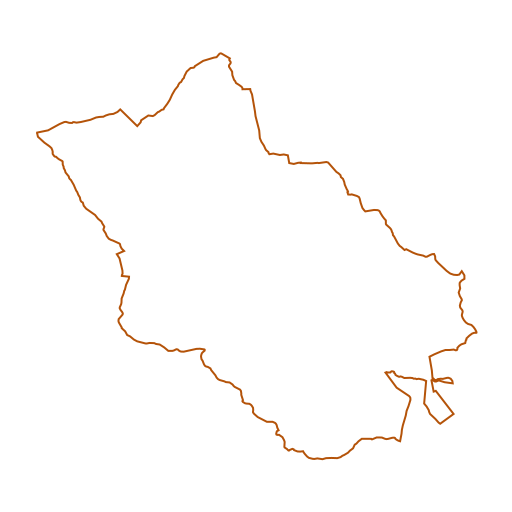 Pardosi, Buzau, Romania (Robinson projection), rotated 181°
{"feature_id": "2599482B33669968833110", "entity_name": "Pardosi", "entity_type": "district", "adm_level": 2, "iso_a3": "ROU", "parent_name": "Romania", "parent_adm1": "Buzau", "projection": "robinson", "projection_center": [26.866, 45.449], "detail": "fine", "context": "isolated", "style": "outline", "palette": "amber", "viewbox_px": 512, "rotation_deg": 181, "n_neighbors": 0, "source": "geoboundaries", "source_scale": "gbopen_adm2", "svg_char_len": 5976}
<svg xmlns="http://www.w3.org/2000/svg" viewBox="0 0 512 512"><g transform="rotate(181 256 256)"><path d="M477.8,375.4L477.3,375.3L476.9,374.6L476.1,371.4L469.5,365.6L464.3,362.0L462.4,360.3L461.5,358.3L461.0,356.3L461.2,355.6L461.0,354.4L459.6,352.5L458.9,351.9L457.6,351.7L456.1,350.3L454.5,349.2L451.3,347.5L451.0,347.1L450.8,343.9L449.9,341.9L449.8,340.6L448.5,338.3L447.9,336.2L444.6,332.3L444.2,330.7L443.5,329.7L442.4,328.8L439.5,324.0L436.9,318.2L435.9,316.9L434.7,314.0L433.1,311.5L432.6,309.0L432.0,307.8L431.4,307.1L430.1,306.4L429.1,303.2L426.6,300.3L417.6,294.2L414.6,290.5L411.1,287.7L410.4,286.1L408.2,282.8L408.3,282.0L409.0,280.1L408.9,279.3L406.6,275.9L405.6,273.4L403.5,270.7L401.4,269.6L399.5,269.0L392.8,266.1L392.2,265.5L391.7,263.4L390.4,261.0L388.0,258.7L395.2,255.4L392.4,251.2L389.3,239.1L389.1,236.0L389.7,234.7L389.8,233.7L382.6,233.1L382.7,231.0L385.4,224.9L386.5,220.0L387.1,219.0L387.7,216.2L389.6,211.2L389.7,207.0L390.0,205.4L391.3,202.4L391.4,201.5L391.1,200.8L390.5,199.7L388.9,197.7L388.2,196.4L388.2,195.8L388.4,195.1L392.2,190.5L392.4,188.6L392.0,187.2L389.0,182.2L389.0,181.5L385.5,178.4L383.4,174.7L380.6,173.5L376.6,170.3L373.3,168.6L364.9,166.6L363.7,166.6L361.0,167.2L356.2,167.1L354.4,166.3L350.7,165.8L346.2,163.0L342.0,159.6L337.9,159.7L336.5,160.1L334.0,161.4L332.7,161.2L332.0,160.7L331.6,160.2L330.4,159.5L329.2,159.1L326.5,159.1L313.9,162.1L310.5,162.3L306.0,161.7L305.7,161.5L305.7,160.5L307.8,158.6L308.5,157.7L309.1,155.7L309.2,154.5L308.7,151.9L307.6,150.4L306.2,147.0L305.2,145.4L303.9,144.6L302.3,144.3L299.6,142.8L298.8,141.1L294.5,136.0L293.3,133.8L291.9,132.3L290.3,131.4L285.4,130.1L283.9,129.4L280.2,129.1L277.2,127.1L276.2,125.8L275.1,124.8L269.6,122.1L268.7,120.8L268.3,118.4L268.3,116.9L266.5,111.6L267.0,110.9L267.0,110.4L266.6,109.9L264.5,108.6L263.2,108.3L260.0,108.1L258.3,107.0L257.4,105.9L256.3,104.1L256.1,101.9L256.3,100.0L256.2,99.5L255.2,98.2L251.5,95.0L242.2,90.4L236.5,90.5L234.1,89.5L233.2,88.7L232.4,87.3L231.7,84.7L230.4,82.1L231.9,81.3L232.3,80.5L232.7,78.5L232.4,77.8L231.6,77.5L229.8,77.6L226.4,75.3L224.7,72.3L224.1,70.6L224.3,65.8L224.1,65.1L221.6,63.5L220.3,62.2L219.7,62.0L219.0,62.6L216.3,63.8L215.0,63.4L214.6,62.6L211.1,61.3L208.5,61.2L205.5,61.6L205.0,60.6L203.7,58.9L201.4,56.4L199.6,55.1L195.8,54.2L194.1,54.1L191.1,54.7L186.0,54.0L182.4,55.1L176.9,55.4L171.2,55.3L167.9,56.4L166.1,57.8L164.5,58.5L160.6,60.9L158.7,63.0L155.6,65.4L154.0,69.1L152.4,70.1L150.3,72.5L147.0,75.1L137.6,75.2L137.1,74.7L136.7,74.7L132.1,76.7L127.0,76.7L123.9,75.5L122.5,75.2L120.9,75.4L116.7,76.6L114.8,76.8L113.9,76.5L113.3,75.5L112.1,74.7L110.4,73.8L108.7,73.3L107.4,80.8L107.1,84.8L106.2,89.3L103.5,99.0L102.7,103.8L100.9,108.6L99.1,114.8L99.2,116.8L99.5,117.5L100.4,118.6L113.1,126.8L124.5,141.7L123.3,142.2L122.4,141.8L119.6,141.9L119.0,142.7L118.3,143.1L117.1,143.0L116.0,142.6L115.8,142.2L115.8,141.5L114.9,140.8L114.4,139.5L112.7,138.5L110.8,137.7L109.5,138.1L108.1,137.8L105.6,136.6L99.7,136.9L97.4,136.7L96.2,136.1L94.5,136.2L93.4,135.7L91.1,136.1L86.6,135.2L83.7,134.0L85.3,111.4L82.8,108.5L80.6,104.9L80.1,103.0L79.2,101.1L73.8,96.2L70.5,92.6L68.9,91.5L55.7,101.5L73.9,124.3L76.0,123.5L78.4,134.8L77.9,135.1L76.6,134.8L75.7,134.0L74.8,133.6L73.5,133.7L71.7,134.6L70.4,134.6L65.3,133.1L57.1,132.1L57.5,134.5L59.2,136.7L61.4,137.6L62.9,137.5L67.0,136.4L69.2,136.5L71.3,136.2L72.3,136.0L72.9,135.5L73.0,135.2L73.9,135.1L75.1,135.2L76.7,136.8L77.4,137.0L78.2,144.7L80.8,158.3L76.0,160.8L69.1,163.9L65.0,165.3L60.8,165.4L56.7,165.9L54.7,165.2L53.6,165.4L53.0,166.5L53.0,167.8L51.1,169.9L49.1,171.3L45.3,172.6L44.7,175.5L44.2,175.9L44.1,177.3L41.4,180.0L38.6,182.2L36.6,183.0L34.3,183.1L34.2,183.4L34.4,184.3L35.6,186.5L37.3,188.8L39.4,190.8L42.9,191.8L45.0,193.2L46.9,195.4L48.3,197.7L49.1,199.8L49.1,200.9L48.4,203.8L48.5,204.6L48.8,205.4L50.9,208.0L51.3,210.0L50.5,213.2L49.4,215.4L49.6,216.4L51.5,219.5L52.7,223.0L51.3,227.1L51.9,230.5L51.9,232.5L51.4,233.4L50.0,235.0L47.2,236.8L47.3,240.2L47.5,240.6L50.0,244.4L52.4,241.0L54.5,240.5L58.0,240.7L61.1,241.7L61.9,242.1L65.2,244.5L73.8,252.3L76.3,255.0L76.7,256.0L76.9,258.8L78.0,261.1L79.8,260.9L81.6,260.2L85.1,258.3L86.5,258.2L88.8,259.3L94.4,260.4L96.6,261.1L99.4,262.2L105.9,265.4L107.6,264.6L111.0,267.6L112.5,268.6L114.4,271.0L118.3,278.0L119.4,279.2L119.7,281.2L120.5,282.5L120.9,283.9L121.5,285.1L122.6,286.4L126.4,289.7L126.7,290.3L126.8,293.9L128.4,295.6L130.2,297.9L132.2,301.0L133.1,302.8L134.1,303.6L135.2,304.0L138.8,304.1L147.5,302.5L148.8,303.8L150.4,305.8L152.2,310.7L153.4,315.3L154.1,316.7L156.2,317.8L161.4,319.3L162.3,319.0L164.9,319.1L165.7,321.4L165.1,321.8L165.6,323.1L166.4,324.3L168.5,328.9L169.1,331.6L170.4,334.7L172.5,336.4L172.9,338.2L174.8,340.0L177.1,341.5L185.5,350.7L187.3,351.2L194.8,350.0L196.2,350.2L201.7,349.6L212.9,349.7L212.9,350.2L215.6,349.9L219.8,348.7L224.4,349.5L225.9,357.2L230.0,358.0L233.9,357.4L240.5,358.7L244.4,358.0L245.1,358.9L245.4,360.1L247.7,362.0L248.4,363.1L250.0,366.5L252.6,370.3L254.2,373.9L255.0,381.6L258.9,395.8L259.6,400.7L262.8,417.5L264.4,421.1L264.7,422.8L272.4,422.5L272.4,423.4L273.3,424.9L275.7,426.6L279.0,428.6L279.9,430.5L281.0,431.7L282.8,436.4L283.1,439.9L286.3,444.8L286.3,446.2L284.9,448.1L284.7,448.7L284.7,449.4L284.9,449.8L286.1,451.4L286.1,452.1L285.6,453.1L294.2,457.9L295.0,458.0L296.0,457.6L298.9,454.1L301.6,453.6L312.2,450.2L320.5,444.7L320.9,443.7L321.6,443.2L324.7,442.8L328.5,439.2L330.7,434.7L331.2,432.7L332.5,431.4L333.9,428.7L335.3,427.9L336.6,425.9L337.1,424.4L340.0,420.7L342.6,416.0L344.9,410.7L347.3,406.7L350.5,402.3L351.0,401.0L352.9,400.5L355.3,398.7L356.7,398.1L359.8,395.1L361.6,394.1L366.1,394.6L373.2,389.7L373.7,387.6L377.0,383.8L394.3,400.2L397.0,397.6L401.1,395.6L405.1,395.1L408.6,393.9L411.1,392.6L415.1,392.3L418.3,391.7L423.9,389.3L433.5,386.9L437.8,386.2L440.4,386.7L441.3,386.6L442.0,385.9L442.7,385.8L445.2,385.9L448.3,386.8L450.0,386.6L454.7,384.5L466.1,378.0L477.8,375.4Z" fill="none" stroke="#b45309" stroke-width="2"/></g></svg>